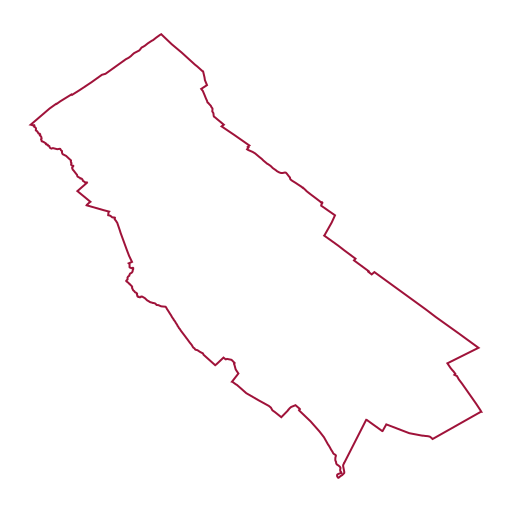 Tartasesti, Dâmbovita, Romania
{"feature_id": "2599482B67594439605865", "entity_name": "Tartasesti", "entity_type": "district", "adm_level": 2, "iso_a3": "ROU", "parent_name": "Romania", "parent_adm1": "Dâmbovita", "projection": "robinson", "projection_center": [25.802, 44.581], "detail": "fine", "context": "isolated", "style": "outline", "palette": "rose", "viewbox_px": 512, "rotation_deg": 0, "n_neighbors": 0, "source": "geoboundaries", "source_scale": "gbopen_adm2", "svg_char_len": 5925}
<svg xmlns="http://www.w3.org/2000/svg" viewBox="0 0 512 512"><path d="M481.3,411.8L480.4,410.2L476.1,403.7L462.0,383.6L458.8,379.4L457.0,376.1L454.4,374.8L455.3,373.8L453.6,371.5L452.2,370.0L450.5,367.9L447.4,363.3L478.5,347.8L457.6,332.6L435.9,317.1L425.5,309.2L374.4,272.1L371.7,274.4L368.1,271.6L368.0,271.2L368.4,271.0L354.0,260.4L355.5,258.7L344.2,250.3L338.3,245.7L324.2,235.6L324.6,235.1L331.7,222.5L335.0,215.3L321.2,205.7L321.2,205.3L321.5,204.3L322.0,203.7L322.4,202.8L322.0,202.2L321.7,202.1L320.8,202.3L320.1,201.5L310.3,194.1L306.6,191.2L305.7,190.2L303.0,187.7L302.8,187.9L301.5,186.8L295.5,182.8L292.4,180.9L291.4,180.2L290.6,179.5L290.4,179.2L290.1,178.7L290.0,177.7L289.8,177.3L289.1,176.6L286.8,173.6L285.9,172.7L285.5,172.6L285.0,172.5L282.6,173.0L281.3,173.0L280.6,172.9L278.8,172.2L276.7,171.0L276.0,170.3L272.8,168.1L270.7,166.0L268.0,164.1L267.4,163.9L263.1,160.3L262.5,159.6L261.4,158.6L259.5,157.1L255.1,153.4L252.6,151.9L248.2,150.0L247.1,149.3L248.5,147.4L247.8,146.9L249.4,145.5L234.2,134.9L221.6,126.4L223.8,124.7L216.6,118.7L215.1,117.4L214.2,116.8L213.9,116.5L213.7,115.9L213.4,113.2L212.3,111.4L212.5,108.8L212.4,108.4L211.3,106.9L210.9,105.9L210.0,104.9L209.2,104.1L208.3,102.9L207.7,102.7L207.4,102.2L207.2,101.4L206.9,100.5L206.3,99.3L205.7,97.9L205.3,96.9L204.5,94.9L202.9,91.1L202.5,90.5L201.9,89.8L201.2,88.9L207.0,85.1L204.9,80.1L204.5,77.4L203.1,71.4L202.4,71.1L197.3,66.5L194.9,64.6L181.6,52.5L171.7,44.2L161.2,34.2L160.0,34.9L156.1,37.7L153.1,40.1L151.7,40.8L147.9,43.3L144.9,45.7L142.9,46.9L141.8,47.4L140.7,48.6L140.3,49.3L139.2,50.5L135.3,52.5L134.0,53.2L132.1,54.9L130.9,56.1L128.6,57.8L125.9,59.2L105.5,73.8L101.9,74.8L91.4,82.3L79.5,90.2L72.0,94.9L71.5,94.4L60.3,101.3L56.5,104.0L56.2,103.8L49.6,108.5L30.7,124.7L31.2,124.8L32.9,125.4L34.1,125.1L34.3,125.2L34.4,125.4L34.4,125.6L34.0,126.3L34.1,126.7L35.2,127.3L35.9,128.2L36.0,128.9L35.8,129.9L35.8,130.3L36.1,130.6L37.1,131.2L37.4,131.8L37.8,132.1L38.4,133.4L38.7,133.6L39.7,133.7L40.2,134.3L40.2,134.7L39.8,135.2L39.9,135.4L40.1,135.7L40.5,135.9L40.9,136.3L41.3,137.0L41.4,137.7L41.6,138.3L41.5,138.6L41.1,139.1L41.1,139.6L41.4,139.9L41.6,140.4L41.6,141.0L41.8,141.3L43.5,141.9L46.0,143.5L46.2,143.8L46.0,144.2L46.2,144.4L46.6,144.6L47.7,144.7L47.8,144.8L47.9,145.5L48.1,145.7L49.3,146.1L49.5,146.9L49.9,147.6L50.2,148.0L51.4,148.6L52.9,148.1L56.9,149.1L57.4,149.2L59.7,148.8L60.2,148.9L60.6,149.5L61.0,150.3L62.0,151.1L62.0,152.7L62.4,153.7L62.9,154.3L66.1,155.9L69.4,159.0L70.9,160.3L71.0,160.5L71.0,160.9L70.8,161.3L70.9,162.1L71.4,162.9L71.5,163.2L71.1,164.0L71.1,164.5L71.2,164.9L71.9,165.5L72.8,165.6L73.1,165.8L73.3,166.0L73.1,166.4L72.1,167.8L72.2,168.2L72.8,169.7L73.5,170.4L76.6,174.4L77.0,174.8L77.3,176.1L77.6,176.6L79.9,177.9L80.2,178.1L80.4,178.5L81.4,178.5L81.9,178.9L82.5,179.6L82.9,180.8L84.7,182.0L85.0,182.4L86.5,182.5L87.6,182.2L77.4,191.1L90.4,201.8L89.3,202.6L86.8,204.9L86.6,205.3L103.7,210.2L109.1,211.6L108.5,212.4L108.2,214.9L108.2,215.2L108.7,215.3L110.4,215.8L112.2,217.3L113.0,217.5L113.9,217.4L114.9,217.7L114.9,218.3L114.6,219.0L115.4,220.2L115.8,220.6L116.6,221.9L117.2,222.7L119.9,230.6L120.6,232.9L127.0,250.4L129.1,255.9L132.0,261.9L128.8,263.3L129.4,263.8L129.6,264.2L129.5,264.5L129.6,266.2L129.5,266.8L129.6,267.3L130.2,267.7L131.7,268.2L131.9,268.2L132.3,267.9L133.1,267.9L133.2,268.0L133.2,268.7L133.2,269.1L133.1,269.4L132.9,269.6L132.5,271.6L132.0,272.4L131.1,273.1L130.2,273.5L129.9,273.9L129.5,274.7L129.3,275.7L128.2,276.5L127.9,276.9L127.5,277.7L127.5,278.2L127.6,279.2L127.5,279.5L126.7,280.2L126.2,280.9L126.3,281.2L128.1,282.6L128.6,283.0L129.1,283.7L129.7,284.0L130.6,285.1L130.8,285.2L131.8,286.2L132.2,287.0L132.0,287.8L133.2,290.3L134.4,291.3L134.7,291.8L135.1,292.3L136.3,292.8L137.1,293.6L137.1,293.8L136.9,294.2L136.9,294.6L137.1,294.9L137.4,296.2L137.6,296.5L138.0,296.6L138.4,296.6L138.5,297.0L139.0,297.0L139.7,297.3L140.1,297.3L140.7,297.1L141.0,296.6L141.9,296.5L142.7,296.9L144.8,298.1L147.2,300.4L148.9,301.3L149.6,301.9L150.4,302.2L150.9,302.4L151.6,302.5L152.9,303.0L153.5,303.0L155.0,303.4L155.7,303.9L156.4,304.8L156.7,305.0L158.2,305.1L158.8,305.3L160.8,306.2L161.7,306.4L165.3,306.7L165.6,306.8L166.1,307.4L167.2,309.4L167.6,309.9L170.3,314.2L171.0,315.2L172.0,317.1L173.7,319.5L173.7,319.8L175.1,321.5L175.7,322.7L177.2,324.9L177.5,325.8L178.2,326.6L178.9,328.0L179.9,329.1L180.8,330.6L186.1,337.6L186.4,338.1L186.8,338.5L189.7,342.5L191.6,344.8L192.2,345.8L192.7,346.7L193.3,347.6L194.5,348.4L195.1,349.4L195.5,349.7L197.5,350.2L199.7,351.7L201.9,352.9L202.5,353.1L202.9,353.4L203.6,354.8L215.2,365.2L216.4,364.3L223.5,357.6L225.6,359.3L226.0,359.3L227.0,358.9L231.4,359.8L231.8,360.1L234.6,363.0L234.0,363.7L234.0,363.9L234.3,364.3L235.6,369.2L236.3,370.4L238.4,373.5L232.0,381.7L232.4,381.8L235.8,384.3L236.9,384.9L237.7,385.6L246.3,393.2L258.6,400.3L268.8,405.9L270.9,407.6L272.4,410.3L274.8,412.0L281.3,417.2L287.7,410.7L288.2,410.0L288.3,409.7L288.6,409.6L289.4,408.5L291.1,407.0L295.5,405.2L299.7,408.8L299.9,409.1L299.0,410.2L299.3,410.6L310.5,421.3L319.5,431.5L324.0,437.3L328.2,444.8L328.6,445.2L330.0,447.6L331.1,449.7L332.5,451.8L333.1,453.1L333.7,453.8L334.4,454.3L335.2,454.7L335.8,455.3L335.9,455.6L335.8,456.2L335.4,457.5L335.3,459.3L335.3,460.0L335.5,460.8L336.1,462.0L336.1,462.9L336.4,463.8L336.9,464.5L338.6,465.6L339.8,466.7L340.1,467.1L340.5,468.0L340.2,469.4L340.2,470.6L340.5,471.4L341.1,472.0L341.4,472.6L341.4,472.8L341.3,473.1L340.3,473.2L338.0,474.1L337.3,474.6L337.1,475.1L337.1,476.1L337.8,477.4L338.1,477.7L338.3,477.8L338.8,477.6L340.5,476.1L342.2,475.1L343.7,473.6L344.2,473.0L344.3,472.1L343.1,465.9L343.3,464.7L344.2,463.0L344.2,462.7L344.4,462.6L366.2,419.8L366.7,419.9L382.3,431.1L382.6,431.0L386.3,424.4L409.3,433.2L422.5,435.7L422.8,435.6L425.6,436.0L427.1,436.1L427.9,436.2L429.7,436.6L430.2,436.9L431.8,438.2L432.5,439.0L434.4,438.0L480.8,411.8L481.3,411.8Z" fill="none" stroke="#9f1239" stroke-width="2"/></svg>